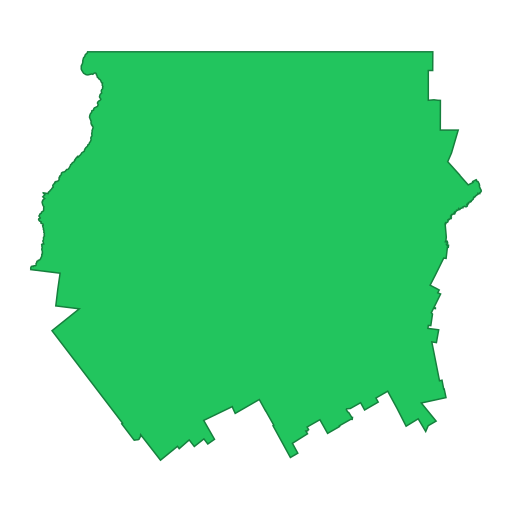 the district of Bourke, New South Wales, Australia
{"feature_id": "25037944B48990901921332", "entity_name": "Bourke", "entity_type": "district", "adm_level": 2, "iso_a3": "AUS", "parent_name": "Australia", "parent_adm1": "New South Wales", "projection": "robinson", "projection_center": [144.371, -29.996], "detail": "fine", "context": "isolated", "style": "filled", "palette": "green", "viewbox_px": 512, "rotation_deg": 0, "n_neighbors": 0, "source": "geoboundaries", "source_scale": "gbopen_adm2", "svg_char_len": 5732}
<svg xmlns="http://www.w3.org/2000/svg" viewBox="0 0 512 512"><path d="M421.3,403.0L446.0,397.6L444.2,389.0L443.7,389.1L442.0,380.2L439.5,380.8L431.8,341.9L436.4,342.6L438.7,329.8L427.9,328.4L428.3,325.4L430.8,325.6L432.5,314.1L431.3,312.7L433.5,308.4L435.4,308.6L435.4,307.9L433.9,307.6L440.6,294.0L437.7,292.8L439.2,290.0L430.1,285.2L435.2,275.3L443.7,258.1L446.1,258.4L447.4,247.2L448.3,247.3L448.6,244.6L448.2,245.2L447.6,245.5L447.2,245.5L446.5,244.7L446.4,244.4L447.0,244.4L447.2,243.6L447.7,243.1L447.2,241.2L446.8,241.1L446.4,242.0L445.3,241.8L445.9,240.4L446.3,237.2L445.2,224.5L445.4,224.3L445.1,224.0L445.8,223.6L445.5,222.8L445.7,222.6L445.9,222.8L446.9,222.5L447.9,221.8L448.1,220.7L447.8,220.1L448.0,219.7L448.8,219.5L449.0,219.7L449.5,219.4L449.4,219.0L449.7,219.0L450.4,218.5L451.1,218.6L451.2,218.4L451.3,218.0L451.1,218.0L450.9,217.3L450.5,217.0L450.7,216.7L451.3,216.5L451.4,216.0L451.0,215.5L451.4,215.4L451.6,214.7L451.9,214.9L452.5,214.3L453.4,214.1L453.7,213.4L454.5,214.0L454.7,213.9L454.7,213.2L455.1,212.7L454.7,212.5L454.7,212.2L455.2,212.5L455.3,212.0L456.6,210.8L456.6,210.2L457.7,210.3L458.3,209.7L458.5,209.0L458.7,209.4L459.3,209.2L459.4,209.6L459.8,209.5L460.1,209.2L460.3,208.4L460.9,208.4L462.2,207.9L462.5,207.4L463.0,207.6L463.1,207.0L464.2,206.4L464.7,206.3L465.2,206.7L465.8,206.6L466.1,206.8L466.9,206.4L467.3,206.0L467.4,205.4L466.8,204.6L467.0,204.3L467.5,204.9L467.6,204.5L468.4,203.8L468.1,203.7L468.2,202.9L469.4,202.1L470.5,202.0L470.5,201.8L470.2,201.6L470.3,201.3L470.6,201.2L470.6,201.6L471.3,201.3L471.5,200.7L473.2,199.2L473.4,198.3L473.6,197.9L473.6,197.3L474.1,197.0L474.4,197.2L474.7,196.7L475.4,196.6L475.5,196.0L476.0,195.5L476.7,195.3L477.0,194.7L477.5,194.5L477.8,193.6L478.2,194.1L478.7,193.7L479.6,193.6L479.4,193.1L479.9,193.0L479.9,192.7L480.8,192.0L481.3,191.0L480.9,189.6L480.2,188.5L480.0,187.8L479.6,187.1L479.4,186.0L479.6,185.6L479.3,184.9L479.4,184.3L478.0,181.6L477.2,181.4L476.6,181.0L476.6,180.2L476.2,179.7L472.7,181.5L473.1,182.4L468.2,184.9L460.0,175.6L459.7,175.0L447.7,161.7L451.5,153.0L458.2,130.1L440.3,130.1L440.4,100.4L437.8,100.3L434.0,99.8L428.3,100.3L428.3,70.5L432.7,70.5L432.8,51.8L87.6,51.8L86.9,53.5L86.0,54.0L85.5,54.5L85.0,55.3L85.0,55.9L84.4,57.0L83.9,57.4L83.5,57.9L82.7,61.1L82.9,61.7L82.5,63.3L82.0,64.6L81.4,65.5L81.2,66.9L81.3,67.7L81.2,69.0L81.9,70.6L82.2,70.9L82.5,71.5L83.6,73.2L86.1,74.7L87.9,74.9L91.6,74.0L92.8,74.3L94.2,73.2L94.8,73.0L95.3,73.0L96.1,73.4L96.3,73.8L96.3,74.7L96.8,75.1L97.1,75.9L97.2,77.0L98.2,77.8L98.8,78.8L100.2,79.7L100.7,80.6L101.4,82.3L102.0,83.1L102.5,83.1L102.2,85.2L102.9,86.5L102.6,87.4L102.6,88.8L101.7,89.7L101.3,90.6L101.4,91.9L101.7,93.0L100.2,94.4L99.5,96.6L99.6,97.3L100.8,99.0L100.8,99.5L100.1,100.3L98.8,101.0L97.6,102.3L97.5,103.4L98.2,104.6L97.5,106.4L94.4,107.9L93.9,108.5L93.5,110.2L92.3,110.5L91.8,110.8L91.7,112.2L90.4,113.8L89.8,115.4L89.5,117.2L91.1,121.3L91.0,122.7L91.1,123.7L91.7,125.1L92.3,125.2L92.4,125.4L92.3,126.0L92.9,126.7L93.1,127.7L92.0,130.7L92.2,131.6L91.7,133.5L92.0,135.5L91.8,136.2L91.2,136.9L90.8,138.0L91.1,139.7L91.0,140.1L90.3,141.7L89.4,142.8L89.2,144.0L87.9,144.8L87.5,146.3L86.1,147.4L85.0,148.8L84.9,149.5L84.5,150.0L84.3,151.3L81.9,152.7L80.5,154.9L78.9,156.2L78.3,157.1L77.9,157.2L77.9,156.4L77.6,156.3L76.4,157.9L75.8,158.3L75.6,159.0L75.1,159.4L75.1,160.1L74.6,160.2L74.3,161.4L74.0,161.8L72.6,162.6L71.9,163.3L71.7,164.0L70.6,164.7L70.4,165.7L69.2,167.9L68.4,169.0L67.9,169.4L66.7,169.5L65.1,171.4L64.5,171.8L62.4,172.3L61.5,173.0L61.2,174.6L60.5,175.7L60.0,176.1L59.7,176.1L59.5,176.9L59.6,177.3L59.0,177.8L59.0,178.3L59.3,179.1L59.1,179.6L58.2,180.8L57.0,181.5L56.5,181.6L56.5,181.4L56.2,181.4L55.3,181.8L54.8,182.3L55.0,182.5L54.7,183.4L54.0,183.8L53.2,184.7L52.8,185.5L52.8,186.1L53.2,186.8L53.2,187.3L52.2,188.0L51.4,189.3L50.1,190.5L49.6,191.4L48.6,192.0L48.3,192.5L48.1,193.6L43.2,192.8L43.2,193.0L44.9,194.7L42.8,196.8L44.7,198.6L43.5,199.4L42.7,200.3L42.8,201.0L42.3,201.3L42.1,202.3L42.7,204.7L43.3,206.0L43.9,206.7L43.7,207.7L43.6,210.7L43.3,211.0L41.5,212.1L41.3,213.3L40.3,213.7L39.8,214.2L39.7,214.9L39.1,215.6L39.0,216.2L40.1,217.6L40.3,218.0L40.1,218.3L38.9,218.7L38.6,219.2L38.7,219.9L39.5,221.0L41.2,221.9L41.2,222.4L40.9,222.9L41.1,223.3L42.9,224.0L43.1,224.4L43.2,225.2L42.7,225.5L42.9,225.9L42.8,226.6L43.4,228.1L43.5,228.5L43.3,229.1L44.0,230.9L43.8,232.4L44.4,233.2L44.1,235.2L44.5,236.0L43.6,237.2L43.4,238.0L43.6,238.8L43.4,240.2L42.8,241.0L43.3,242.2L43.7,244.0L42.3,244.0L41.7,244.5L42.0,245.2L41.8,245.9L42.2,247.8L41.8,248.9L41.8,249.7L42.4,251.5L42.3,252.5L42.5,252.9L42.3,253.4L42.4,253.9L41.8,254.3L41.8,256.1L40.2,259.4L39.7,259.9L38.3,260.3L37.9,261.0L37.1,261.2L36.9,261.5L36.7,262.7L36.1,263.4L36.1,265.1L35.9,265.5L35.3,265.8L34.1,265.7L33.4,266.1L33.3,266.4L32.7,266.1L31.4,266.4L30.8,267.6L30.7,268.4L30.9,269.2L30.8,269.6L60.1,273.2L57.8,289.2L55.8,305.9L79.3,308.8L52.0,330.7L122.6,423.2L121.7,423.8L134.1,440.1L134.6,440.2L135.9,439.9L138.1,439.7L138.9,439.3L139.5,438.6L139.4,438.1L139.6,437.6L140.6,436.7L140.7,436.0L140.5,435.0L140.6,434.6L160.5,460.2L177.5,446.3L179.2,448.7L189.2,439.9L194.3,446.5L203.9,438.9L207.8,444.0L214.5,439.3L203.7,420.4L232.3,406.6L232.8,408.1L235.2,413.4L259.3,399.5L265.4,410.6L265.5,410.5L273.8,425.2L273.0,425.7L290.4,457.5L297.8,453.2L292.4,443.3L307.5,433.8L305.8,431.0L307.6,430.8L307.7,430.3L308.6,429.7L307.1,427.0L319.9,419.7L327.6,433.4L339.6,426.5L339.3,425.8L350.8,419.3L352.2,419.4L352.5,417.4L351.7,417.3L348.9,412.7L347.7,411.9L346.3,409.7L346.6,408.8L350.3,408.5L360.6,402.7L364.6,410.0L378.2,402.1L375.9,398.0L387.7,391.2L397.0,408.3L406.1,426.2L418.2,418.8L425.7,431.5L428.2,425.7L436.1,421.1L421.3,403.0Z" fill="#22c55e" stroke="#15803d" stroke-width="1.5"/></svg>